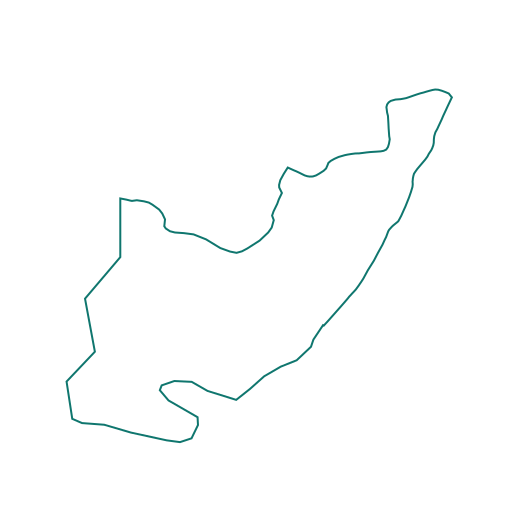 Fond/Desruisseaux, Vieux Fort, Saint Lucia (Robinson projection), rotated 281°
{"feature_id": "8701671B476552117611", "entity_name": "Fond/Desruisseaux", "entity_type": "district", "adm_level": 2, "iso_a3": "LCA", "parent_name": "Saint Lucia", "parent_adm1": "Vieux Fort", "projection": "robinson", "projection_center": [-60.939, 13.794], "detail": "fine", "context": "isolated", "style": "outline", "palette": "teal", "viewbox_px": 512, "rotation_deg": 281, "n_neighbors": 0, "source": "geoboundaries", "source_scale": "gbopen_adm2", "svg_char_len": 2589}
<svg xmlns="http://www.w3.org/2000/svg" viewBox="0 0 512 512"><g transform="rotate(281 256 256)"><path d="M449.1,418.0L450.5,416.3L451.8,414.8L452.3,414.2L453.1,410.4L453.7,406.7L454.0,403.1L453.6,400.1L452.7,397.7L451.4,395.0L449.8,391.8L448.5,389.4L447.1,386.4L445.3,383.1L443.4,379.8L441.0,375.7L439.6,373.2L438.7,371.0L437.5,367.9L436.2,363.1L435.0,360.7L433.9,358.6L432.1,356.9L429.8,355.8L427.0,355.6L425.0,356.3L421.9,357.3L418.7,358.8L411.3,360.7L406.4,361.9L399.0,363.9L396.1,365.0L391.4,365.1L388.0,364.7L385.3,363.5L383.6,361.2L382.5,358.4L381.4,354.3L380.5,350.8L379.8,348.2L378.8,344.9L377.6,341.3L376.4,337.6L375.6,333.9L374.4,330.3L373.0,326.5L371.9,323.9L369.0,318.2L366.4,314.5L363.6,311.2L361.2,309.3L358.9,308.9L355.3,308.1L352.5,306.1L348.7,302.1L346.5,299.5L344.9,296.6L344.2,293.5L344.1,291.1L344.4,288.4L345.3,285.1L346.0,282.6L346.9,279.0L347.2,277.4L348.0,274.0L348.9,270.3L342.0,267.6L335.1,265.4L330.2,265.1L327.7,265.7L322.8,269.4L315.9,267.6L311.3,266.9L303.1,264.7L298.7,264.1L294.6,266.6L286.9,266.0L281.4,263.5L271.8,256.6L261.7,246.0L257.9,241.3L255.4,236.3L255.4,229.7L257.0,219.4L262.8,203.8L265.3,190.6L264.7,180.9L263.6,171.9L263.9,166.8L265.8,162.2L267.7,160.3L274.6,159.7L279.8,155.9L283.1,152.1L286.6,144.6L288.0,140.6L288.3,135.6L288.0,128.4L286.4,123.7L286.4,121.9L286.6,118.1L286.6,111.8L229.0,123.0L181.5,96.3L131.3,116.1L96.6,94.0L61.1,106.7L58.8,117.1L61.4,139.2L58.8,167.0L58.0,203.5L58.8,216.9L64.7,227.5L79.0,231.3L86.6,229.4L97.5,197.7L105.9,187.2L111.0,188.1L117.7,199.7L120.2,216.9L114.3,234.2L111.0,264.0L124.4,275.5L139.5,287.0L152.1,301.4L161.4,315.8L177.4,327.3L184.9,328.3L200.9,335.0L200.6,335.8L205.8,339.0L223.8,349.6L230.4,353.4L232.4,354.5L234.0,355.3L235.2,356.1L236.7,357.0L237.7,357.6L239.4,358.7L242.2,360.4L245.4,361.9L246.9,362.6L248.6,363.3L250.4,364.1L254.4,365.7L263.3,368.5L273.9,372.6L282.3,375.1L291.2,378.0L296.6,379.3L299.4,380.1L303.1,380.7L305.5,381.1L307.2,381.7L310.7,383.8L312.1,384.8L314.5,386.8L315.8,387.9L317.2,389.0L319.6,389.8L321.9,390.5L323.2,390.9L329.3,392.3L333.0,393.2L341.9,394.9L343.0,395.1L348.6,395.9L350.7,396.1L353.6,396.4L356.1,396.2L357.4,395.9L358.9,395.5L360.3,395.4L361.9,395.2L364.6,395.2L366.9,395.4L368.9,396.2L371.1,397.2L372.2,397.7L375.6,399.6L382.9,403.7L386.3,405.3L389.1,406.1L390.1,406.5L391.5,407.1L392.9,407.7L393.5,407.9L395.4,408.4L398.4,408.9L401.0,408.9L404.7,408.3L407.7,408.1L411.6,408.5L415.3,409.7L418.2,410.4L421.8,411.3L425.4,412.2L428.7,412.9L429.6,413.1L436.0,414.7L438.5,415.3L439.7,415.6L449.1,418.0Z" fill="none" stroke="#0f766e" stroke-width="2"/></g></svg>